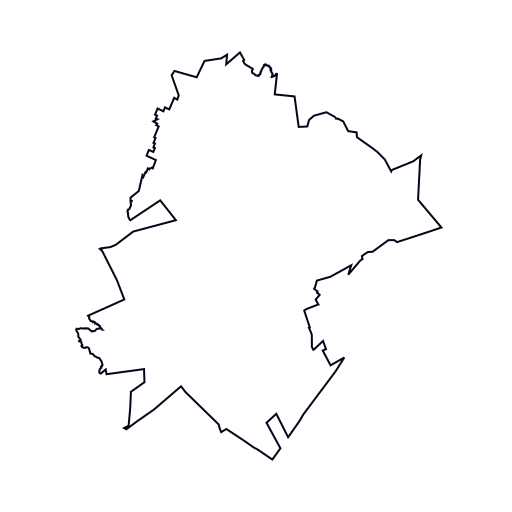 Nuevo Ideal, Durango, Mexico, rotated 353°
{"feature_id": "50627088B12062769498923", "entity_name": "Nuevo Ideal", "entity_type": "district", "adm_level": 2, "iso_a3": "MEX", "parent_name": "Mexico", "parent_adm1": "Durango", "projection": "robinson", "projection_center": [-105.12, 24.837], "detail": "fine", "context": "isolated", "style": "outline", "palette": "ink", "viewbox_px": 512, "rotation_deg": 353, "n_neighbors": 0, "source": "geoboundaries", "source_scale": "gbopen_adm2", "svg_char_len": 5709}
<svg xmlns="http://www.w3.org/2000/svg" viewBox="0 0 512 512"><g transform="rotate(353 256 256)"><path d="M443.5,250.3L423.7,219.9L430.6,180.6L432.2,176.3L423.5,181.2L401.3,187.2L400.5,188.5L395.6,175.9L389.2,167.6L385.6,164.0L370.7,150.4L370.9,145.5L367.7,144.7L362.7,143.3L359.0,133.1L354.0,129.6L352.3,129.6L351.4,127.7L343.4,121.9L330.6,123.8L325.2,127.5L322.7,133.7L314.1,133.1L313.7,102.3L294.3,97.9L299.0,77.9L298.5,77.6L298.2,77.6L297.9,78.0L297.6,78.3L296.9,79.3L296.5,79.4L296.3,79.5L295.6,79.5L295.4,79.7L295.1,80.0L294.2,79.8L293.9,80.0L293.7,80.2L293.4,80.2L293.9,79.1L294.0,78.7L294.3,78.3L294.7,77.4L294.3,76.4L293.6,75.4L293.6,75.2L293.5,74.5L293.4,74.3L293.7,73.9L293.3,73.6L293.4,73.3L293.1,72.9L293.6,72.6L293.8,72.5L293.8,72.3L293.8,72.0L293.9,71.7L293.6,71.2L292.9,70.7L292.5,70.5L292.5,70.3L292.6,70.1L292.4,70.0L292.4,69.5L292.2,68.9L291.7,68.8L291.5,68.6L291.3,68.5L291.1,68.5L290.8,68.6L290.7,68.6L290.0,68.1L289.9,67.9L289.4,68.0L289.2,68.0L289.0,67.8L288.8,67.6L288.7,67.3L288.7,66.9L288.2,67.0L287.9,67.3L287.4,67.3L287.0,67.7L286.9,67.9L287.0,68.4L286.7,68.6L286.5,69.1L286.2,69.7L285.3,70.3L285.2,70.5L285.0,70.9L284.7,71.4L284.3,71.8L284.2,72.1L283.9,73.0L283.7,73.1L283.5,73.3L283.3,73.6L283.3,73.9L282.9,74.0L282.7,74.2L282.6,75.3L282.6,75.9L282.0,76.4L281.7,76.5L281.6,76.4L281.4,76.3L281.1,76.4L281.1,76.7L280.7,77.1L280.7,77.4L280.5,77.6L280.3,77.7L279.7,77.5L279.3,77.3L279.1,77.0L278.7,76.9L278.1,76.7L277.8,76.7L277.6,76.5L277.2,76.2L276.4,75.1L276.3,74.9L275.9,74.7L275.7,74.5L275.1,74.2L274.7,74.0L274.5,73.7L274.5,73.1L274.4,72.3L274.4,71.9L275.6,70.4L275.6,70.0L275.5,69.8L275.2,69.5L275.0,69.4L268.7,64.5L268.4,64.1L268.3,63.9L268.2,63.8L268.0,63.5L267.9,63.4L267.8,63.2L267.7,62.9L267.6,62.5L267.4,61.5L266.9,60.9L268.1,59.9L264.9,52.0L249.8,62.1L251.8,52.7L245.5,55.6L228.7,56.1L218.9,71.4L197.6,62.4L194.3,66.3L198.9,87.2L196.9,91.2L194.1,89.0L187.8,99.9L185.3,98.4L183.8,97.3L181.7,101.1L176.3,97.6L173.0,103.4L174.9,104.6L173.3,107.3L174.9,108.2L170.5,109.9L174.1,112.6L173.0,114.0L175.2,115.5L169.4,125.8L170.7,126.7L168.0,131.2L169.4,132.0L167.4,135.7L168.8,136.5L166.8,140.2L162.7,137.7L161.6,139.4L159.6,143.1L168.3,148.6L164.2,156.4L163.4,155.6L163.0,155.6L161.9,156.2L160.9,156.3L160.6,156.9L159.3,155.8L157.3,159.6L156.6,159.2L153.8,163.8L153.1,162.1L147.6,177.2L138.5,182.8L138.4,183.4L138.4,184.9L138.4,185.2L138.2,185.4L138.1,185.8L138.4,185.8L138.7,185.7L138.9,186.0L139.3,186.1L139.5,186.3L139.4,186.5L139.0,186.8L138.6,187.4L138.0,188.2L138.0,188.7L138.1,189.2L138.2,189.5L138.1,190.5L137.9,190.9L137.7,191.2L137.4,191.8L136.9,192.2L136.2,193.8L135.0,194.4L134.6,194.4L134.6,194.8L134.0,195.4L133.8,196.6L134.1,197.0L134.2,197.8L134.0,199.5L134.1,200.7L134.0,201.6L134.6,202.9L134.6,203.5L135.0,204.4L135.6,205.2L167.7,189.1L176.3,203.2L180.8,210.7L137.0,216.8L118.4,227.7L112.7,229.4L103.2,229.5L103.4,230.0L102.0,230.1L104.0,232.4L115.0,263.0L120.0,283.1L82.0,294.8L82.2,295.1L82.3,295.1L82.8,295.1L83.0,296.4L83.0,296.8L82.8,297.2L82.7,297.3L83.1,298.6L83.9,299.9L83.9,300.4L84.2,300.6L84.5,300.7L84.9,300.8L85.4,300.8L85.7,300.8L86.5,301.5L86.4,301.8L86.7,301.8L87.0,301.5L87.6,301.7L87.8,301.8L88.0,302.3L88.0,303.4L88.7,303.3L88.9,303.3L89.0,303.6L89.4,303.9L89.7,304.3L90.1,304.2L90.6,304.4L90.9,304.8L90.7,305.0L91.1,305.5L91.7,305.9L92.2,306.1L92.6,306.4L92.6,306.6L92.4,307.3L92.5,307.7L92.9,307.9L93.0,308.0L93.5,309.0L94.0,309.4L93.9,309.8L94.2,310.2L93.9,310.1L93.1,309.0L91.9,308.8L91.4,308.8L90.3,309.0L89.3,309.0L88.6,309.3L88.1,309.7L87.4,310.4L87.1,310.6L86.5,310.9L84.6,310.6L84.3,310.9L84.0,310.9L83.5,310.6L82.0,309.0L81.3,308.2L81.0,307.7L80.4,307.3L79.9,307.4L79.6,307.2L79.3,307.2L78.3,307.4L78.1,307.2L77.6,306.9L77.0,306.8L76.5,307.1L76.0,306.9L74.5,306.7L73.3,306.3L72.8,306.3L71.6,306.9L70.9,306.8L69.3,306.3L68.8,306.7L68.5,307.1L68.7,308.1L69.2,309.4L69.7,310.3L70.0,311.2L70.1,311.9L70.0,313.1L69.9,313.5L69.7,313.9L70.3,315.5L70.7,316.1L71.1,316.6L71.5,317.1L71.7,317.6L71.5,318.0L71.0,318.5L70.2,318.7L70.0,318.8L70.0,319.1L70.6,319.3L71.6,319.3L72.0,319.5L72.1,319.9L72.1,321.3L72.7,322.9L72.8,323.6L72.6,323.8L72.4,324.2L72.1,324.2L72.2,324.4L71.9,324.6L72.0,324.9L72.3,325.3L74.7,326.4L75.3,326.5L76.1,325.8L76.7,325.9L77.3,326.0L78.1,326.3L79.1,327.6L79.1,328.5L79.2,329.6L79.5,330.2L79.6,332.1L79.6,332.4L79.7,332.7L80.1,332.9L80.7,332.9L81.3,333.0L82.0,333.3L82.3,333.7L83.2,335.2L83.6,335.7L85.1,336.7L86.1,337.5L86.5,337.7L87.5,337.9L87.8,338.1L88.0,338.3L88.3,338.8L88.5,339.3L88.8,339.7L89.0,340.2L89.6,341.1L89.7,341.8L90.0,342.5L90.0,343.4L90.2,343.9L90.2,344.9L90.3,345.1L90.3,345.7L90.2,345.9L90.1,346.2L89.5,346.3L88.9,346.7L88.5,347.2L88.5,347.7L88.8,348.1L87.2,349.2L87.0,349.6L86.8,350.4L86.5,350.9L86.5,351.3L86.3,351.8L86.3,352.4L86.4,352.7L86.6,352.8L86.6,353.0L86.9,353.4L87.6,353.8L93.0,350.3L93.2,355.1L131.1,354.6L129.9,367.7L115.3,375.5L112.7,391.2L108.9,408.9L104.1,410.7L106.2,412.2L117.8,405.6L136.1,395.9L165.7,376.2L169.3,382.3L198.4,418.6L199.0,422.9L200.0,426.6L205.5,424.1L219.6,436.1L224.6,440.5L229.5,445.0L230.3,445.7L232.5,447.2L233.2,447.6L247.4,460.0L256.8,449.9L246.1,422.8L256.9,415.1L265.8,439.8L279.3,424.8L283.7,419.0L320.9,380.2L331.3,367.5L316.7,373.6L310.7,358.0L314.1,357.0L312.2,348.5L302.2,355.8L301.5,356.1L300.4,353.0L301.8,341.0L301.0,337.7L299.8,333.7L300.7,333.5L297.2,316.0L299.9,314.7L311.9,311.7L312.0,311.7L310.9,309.2L310.0,306.4L314.5,302.3L314.5,302.2L312.1,299.9L312.8,298.8L309.7,295.6L310.6,294.4L311.4,292.7L312.9,289.1L313.5,287.8L327.2,285.7L349.4,276.8L345.3,285.8L359.3,272.9L361.3,272.1L361.1,268.9L367.4,265.7L372.2,266.0L389.3,256.4L395.1,257.1L397.7,259.4L432.4,252.6L443.5,250.3Z" fill="none" stroke="#020617" stroke-width="2"/></g></svg>